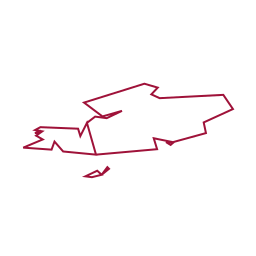 outline of Chukchi Autonomous Okrug, rotated 166°
{"feature_id": "RUS-2321", "entity_name": "Chukchi Autonomous Okrug", "entity_type": "Autonomous Province", "adm_level": 1, "iso_a3": "RUS", "parent_name": "Russia", "parent_adm1": "", "projection": "natural_earth1", "projection_center": [175.436, 66.707], "detail": "coarse", "context": "isolated", "style": "outline", "palette": "rose", "viewbox_px": 256, "rotation_deg": 166, "n_neighbors": 0, "source": "natural_earth", "source_scale": "10m", "svg_char_len": 749}
<svg xmlns="http://www.w3.org/2000/svg" viewBox="0 0 256 256"><g transform="rotate(166 128 128)"><path d="M53.6,104.2L87.8,103.4L105.5,111.8L104.9,100.4L165.5,109.9L166.6,142.9L157.1,147.0L146.3,142.7L129.7,146.1L150.0,145.4L164.5,163.3L101.4,167.0L89.4,160.0L97.2,155.0L90.1,149.3L27.5,137.1L21.6,121.0L53.2,115.1L53.6,104.2ZM165.5,109.9L196.6,120.9L202.6,132.6L207.4,125.5L234.4,134.3L213.5,137.5L219.0,142.8L212.0,145.5L218.6,148.5L212.8,150.0L176.6,139.4L176.2,131.7L166.6,142.9L165.5,109.9ZM164.9,89.0L174.9,89.0L181.0,91.4L168.2,94.0L164.9,89.0ZM164.9,89.0L157.5,95.0L156.3,93.0L164.9,89.0ZM90.8,101.3L94.5,105.1L87.5,102.9L90.8,101.3ZM216.7,144.9L219.5,145.6L215.6,146.2L216.7,144.9Z" fill="none" stroke="#9f1239" stroke-width="2"/></g></svg>